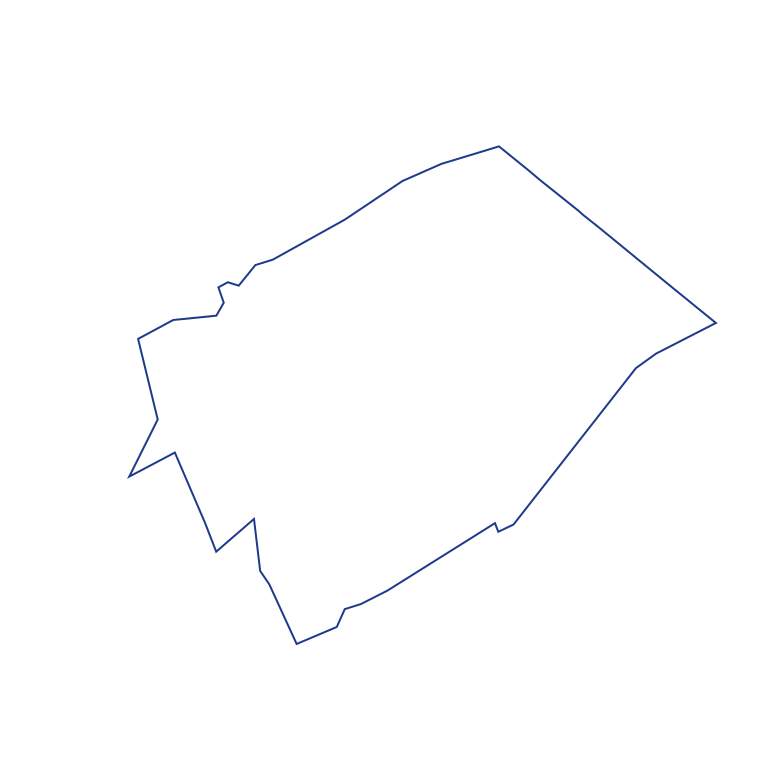 outline of Bedford, Pennsylvania, United States of America, rotated 219°
{"feature_id": "52423323B14899262038475", "entity_name": "Bedford", "entity_type": "district", "adm_level": 2, "iso_a3": "USA", "parent_name": "United States of America", "parent_adm1": "Pennsylvania", "projection": "albers", "projection_center": [-78.468, 40.025], "detail": "fine", "context": "isolated", "style": "outline", "palette": "blue", "viewbox_px": 768, "rotation_deg": 219, "n_neighbors": 0, "source": "geoboundaries", "source_scale": "gbopen_adm2", "svg_char_len": 682}
<svg xmlns="http://www.w3.org/2000/svg" viewBox="0 0 768 768"><g transform="rotate(219 384 384)"><path d="M444.2,641.0L478.0,591.1L497.4,553.4L517.9,487.1L548.7,410.6L558.8,395.5L558.8,369.0L569.4,364.8L573.5,354.9L559.7,346.3L557.3,331.6L588.1,301.1L603.5,264.3L537.5,214.0L523.7,151.7L503.4,199.1L435.6,163.4L408.9,148.1L400.1,197.3L362.6,160.8L347.0,156.1L288.3,127.0L267.8,165.5L269.3,171.1L270.3,174.9L272.8,184.4L263.5,198.4L251.4,225.4L210.2,345.7L202.2,341.1L194.9,356.3L198.2,554.9L191.7,578.8L164.5,640.3L219.9,640.4L262.6,640.6L294.0,640.8L316.5,640.9L335.7,640.7L341.4,641.0L391.3,640.7L406.1,641.0L444.2,641.0Z" fill="none" stroke="#1e3a8a" stroke-width="2"/></g></svg>